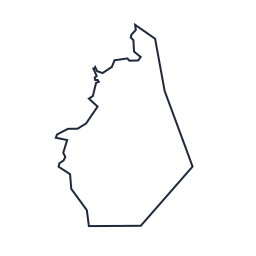 Aweil Centre, Northern Bahr el Ghazal, South Sudan (Albers equal-area conic projection), rotated 279°
{"feature_id": "79223893B3139508517189", "entity_name": "Aweil Centre", "entity_type": "district", "adm_level": 2, "iso_a3": "SSD", "parent_name": "South Sudan", "parent_adm1": "Northern Bahr el Ghazal", "projection": "albers", "projection_center": [27.174, 8.427], "detail": "fine", "context": "isolated", "style": "outline", "palette": "slate", "viewbox_px": 256, "rotation_deg": 279, "n_neighbors": 0, "source": "geoboundaries", "source_scale": "gbopen_adm2", "svg_char_len": 704}
<svg xmlns="http://www.w3.org/2000/svg" viewBox="0 0 256 256"><g transform="rotate(279 128 128)"><path d="M183.1,86.0L181.0,85.1L181.0,84.7L174.5,88.9L172.4,87.2L170.2,88.1L170.7,90.5L169.1,91.9L167.5,89.4L154.1,88.3L150.9,84.8L144.4,94.6L125.9,85.9L119.4,78.3L117.8,68.8L110.6,59.0L107.1,58.2L106.6,69.8L93.4,67.9L89.6,70.6L85.9,69.5L82.4,65.7L78.9,65.5L73.3,78.0L59.0,81.5L40.4,100.2L25.0,104.7L33.4,155.9L100.0,197.8L117.4,188.1L158.2,165.2L170.3,158.4L220.4,140.8L231.0,118.9L226.1,120.4L220.8,116.8L217.8,116.6L215.6,119.6L204.4,122.0L200.1,129.4L196.3,127.5L194.7,118.8L196.6,116.6L192.8,104.1L185.8,102.5L178.3,94.3L179.3,88.6L183.1,86.0Z" fill="none" stroke="#1e293b" stroke-width="2"/></g></svg>